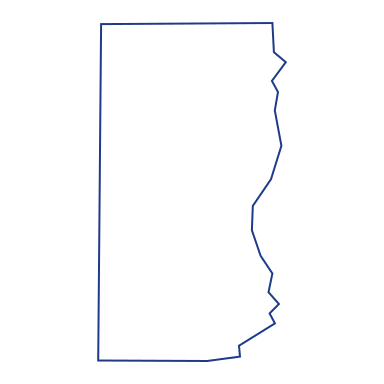 Edwards, Illinois, United States of America (Robinson projection)
{"feature_id": "52423323B63371987801895", "entity_name": "Edwards", "entity_type": "district", "adm_level": 2, "iso_a3": "USA", "parent_name": "United States of America", "parent_adm1": "Illinois", "projection": "robinson", "projection_center": [-87.988, 38.413], "detail": "fine", "context": "isolated", "style": "outline", "palette": "blue", "viewbox_px": 384, "rotation_deg": 0, "n_neighbors": 0, "source": "geoboundaries", "source_scale": "gbopen_adm2", "svg_char_len": 383}
<svg xmlns="http://www.w3.org/2000/svg" viewBox="0 0 384 384"><path d="M101.1,24.1L98.2,360.5L207.1,361.0L240.0,356.6L239.0,345.7L274.9,323.4L269.6,313.4L278.9,304.0L268.5,292.2L272.4,273.5L260.6,255.8L251.9,230.3L252.8,205.9L271.0,179.2L281.4,145.8L274.8,110.4L278.0,92.0L271.9,80.9L285.8,62.2L273.9,52.2L272.4,23.0L101.1,24.1Z" fill="none" stroke="#1e3a8a" stroke-width="2"/></svg>